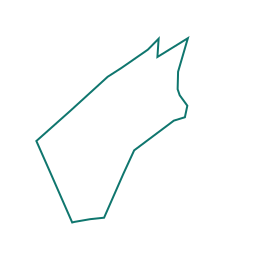 Dobong-gu, Seoul, South Korea, rotated 229°
{"feature_id": "91817680B55050579859044", "entity_name": "Dobong-gu", "entity_type": "district", "adm_level": 2, "iso_a3": "KOR", "parent_name": "South Korea", "parent_adm1": "Seoul", "projection": "albers", "projection_center": [127.034, 37.654], "detail": "fine", "context": "isolated", "style": "outline", "palette": "teal", "viewbox_px": 256, "rotation_deg": 229, "n_neighbors": 0, "source": "geoboundaries", "source_scale": "gbopen_adm2", "svg_char_len": 414}
<svg xmlns="http://www.w3.org/2000/svg" viewBox="0 0 256 256"><g transform="rotate(229 128 128)"><path d="M76.0,51.1L96.5,94.5L107.1,118.0L103.5,167.4L98.8,178.0L105.9,187.4L118.8,188.5L124.7,190.9L137.6,202.7L156.5,232.1L162.3,196.8L175.3,209.7L174.1,194.4L177.6,162.7L180.0,146.2L178.8,95.6L178.3,50.3L143.3,39.5L93.3,23.9L92.2,26.1L84.1,39.5L76.0,51.1Z" fill="none" stroke="#0f766e" stroke-width="2"/></g></svg>